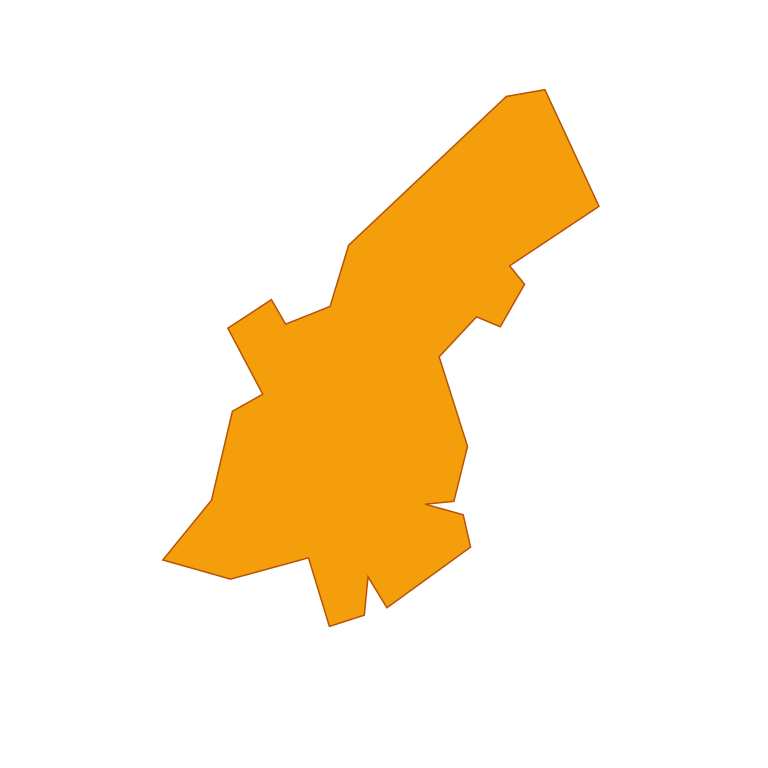 outline of Shuto Orizari, Čučer Sandevo, North Macedonia, rotated 243°
{"feature_id": "65306769B24962411373352", "entity_name": "Shuto Orizari", "entity_type": "district", "adm_level": 2, "iso_a3": "MKD", "parent_name": "North Macedonia", "parent_adm1": "Čučer Sandevo", "projection": "mercator", "projection_center": [21.412, 42.049], "detail": "fine", "context": "isolated", "style": "filled", "palette": "amber", "viewbox_px": 768, "rotation_deg": 243, "n_neighbors": 0, "source": "geoboundaries", "source_scale": "gbopen_adm2", "svg_char_len": 519}
<svg xmlns="http://www.w3.org/2000/svg" viewBox="0 0 768 768"><g transform="rotate(243 384 384)"><path d="M523.7,415.5L477.6,371.2L482.0,323.5L510.3,322.0L504.6,270.2L430.0,271.3L428.5,236.5L358.8,177.6L327.6,107.0L279.8,158.7L263.4,237.8L192.8,225.3L187.0,261.5L219.4,282.2L183.3,285.0L199.4,387.1L231.5,395.2L258.3,366.0L247.7,393.0L290.5,430.1L383.2,445.5L401.8,496.9L382.2,513.6L409.0,554.5L432.3,549.6L444.7,656.2L573.2,661.0L584.7,623.6L523.7,415.5Z" fill="#f59e0b" stroke="#b45309" stroke-width="1.5"/></g></svg>